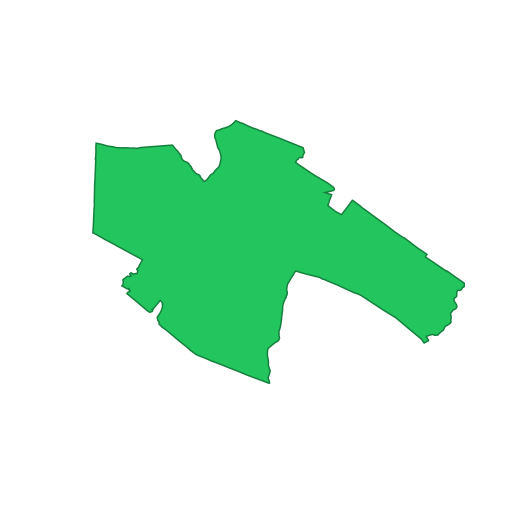 Tufeni, Olt, Romania, rotated 37°
{"feature_id": "2599482B16239538669932", "entity_name": "Tufeni", "entity_type": "district", "adm_level": 2, "iso_a3": "ROU", "parent_name": "Romania", "parent_adm1": "Olt", "projection": "robinson", "projection_center": [24.804, 44.357], "detail": "fine", "context": "isolated", "style": "filled", "palette": "green", "viewbox_px": 512, "rotation_deg": 37, "n_neighbors": 0, "source": "geoboundaries", "source_scale": "gbopen_adm2", "svg_char_len": 6093}
<svg xmlns="http://www.w3.org/2000/svg" viewBox="0 0 512 512"><g transform="rotate(37 256 256)"><path d="M343.1,349.8L343.2,349.2L341.4,347.6L339.3,346.3L338.6,345.2L337.4,341.1L336.3,339.1L334.2,337.7L332.5,336.4L331.5,335.8L331.4,335.4L331.1,334.9L328.5,331.8L325.4,329.0L323.6,326.8L321.9,324.1L321.5,323.1L321.3,322.6L321.3,322.2L322.8,315.9L323.5,313.6L324.8,310.4L324.6,308.4L324.3,307.7L324.0,307.3L323.7,306.9L321.8,305.3L321.1,304.0L320.4,303.3L319.8,302.6L319.4,301.6L319.2,300.7L317.9,297.6L315.2,292.4L313.0,288.9L309.9,283.4L308.3,281.2L307.1,279.3L306.6,278.0L305.6,274.9L305.6,274.5L305.1,272.9L305.1,272.4L305.0,271.8L305.1,271.0L305.0,270.8L304.4,270.2L304.3,269.7L304.2,268.7L304.0,268.0L303.2,267.1L303.0,266.5L302.4,265.8L301.8,265.3L301.2,265.0L300.5,264.0L298.9,261.2L298.6,260.8L298.1,259.2L297.8,256.3L297.4,252.4L297.2,251.4L297.2,248.8L296.9,248.7L297.0,247.9L296.8,247.0L296.7,245.0L296.8,244.3L296.9,244.1L297.5,243.8L302.5,242.0L308.3,239.7L315.5,236.6L317.4,235.7L320.1,234.7L321.4,234.5L322.9,234.5L323.8,234.0L324.7,233.7L329.2,232.6L338.9,230.1L356.1,226.4L357.7,225.8L359.4,225.3L359.4,225.2L361.9,224.6L363.4,224.3L379.9,223.2L389.1,222.7L404.5,221.2L405.8,221.2L425.4,222.3L437.5,222.8L439.4,223.2L441.5,224.0L442.7,224.3L443.1,223.2L444.5,220.4L444.6,219.9L444.4,219.5L443.7,219.0L442.8,219.0L441.7,218.3L440.7,218.2L440.4,217.6L440.5,217.2L441.3,216.4L441.7,215.7L443.9,212.6L444.9,212.1L446.1,211.9L446.9,211.4L448.3,210.2L448.8,209.4L448.9,208.7L448.9,208.0L449.4,205.4L449.6,204.0L450.0,203.6L450.2,202.6L450.2,202.2L450.0,201.6L449.5,198.2L449.5,197.9L450.6,196.2L450.7,195.4L451.0,194.9L451.1,194.2L451.6,193.0L451.6,191.7L451.4,191.2L450.0,189.9L449.3,188.2L448.7,187.7L448.2,186.8L447.6,186.3L447.2,186.3L446.6,185.3L446.2,184.9L445.8,184.1L446.0,181.8L445.9,180.7L446.9,178.9L447.1,178.1L447.3,176.9L447.2,176.3L447.0,175.7L446.4,175.0L445.5,174.3L443.2,173.4L442.4,173.3L440.9,172.0L440.0,171.6L439.8,171.3L439.8,170.8L440.0,170.5L440.0,169.9L440.2,169.3L440.3,168.7L440.5,168.1L440.5,167.6L440.2,166.9L439.2,165.5L438.5,164.9L438.3,164.1L437.8,163.2L437.6,162.5L437.6,162.3L437.9,161.8L438.7,161.4L439.2,161.1L440.0,159.9L440.2,159.0L440.0,156.7L440.1,156.4L440.6,155.9L440.7,155.2L440.5,154.9L440.2,154.5L439.8,153.8L438.8,152.5L437.6,152.4L427.8,152.8L417.6,153.0L417.7,153.5L391.8,154.8L391.7,154.8L391.7,154.6L391.6,151.8L378.1,152.4L375.1,152.3L363.1,152.3L362.6,152.7L353.0,153.2L338.1,153.1L329.6,153.3L317.7,153.4L310.5,153.6L310.0,153.6L309.5,153.3L299.6,153.4L299.4,153.5L299.4,155.6L299.5,162.5L299.4,171.3L297.9,171.8L292.8,172.6L291.6,172.6L290.7,172.5L288.1,172.6L283.0,172.4L281.3,167.5L279.5,161.5L273.0,163.8L278.5,157.0L278.6,156.6L278.6,156.2L278.5,155.8L277.9,155.0L277.3,154.7L275.9,154.5L274.2,154.6L272.6,154.5L268.9,154.6L256.1,156.1L253.2,156.4L246.2,156.8L231.5,157.5L231.5,157.2L231.2,156.8L231.2,156.5L231.0,156.0L230.8,155.0L230.9,154.5L231.4,153.3L231.3,153.0L231.1,152.3L231.2,151.8L231.6,151.1L232.5,150.5L233.1,150.3L233.5,150.0L233.7,149.7L233.8,149.0L233.9,148.8L233.1,147.9L233.0,147.5L232.9,147.1L232.6,146.5L232.6,145.4L232.5,144.4L232.3,143.9L231.5,143.6L230.3,142.5L229.2,141.9L228.7,141.4L228.5,141.2L203.5,147.9L189.3,152.0L186.5,152.6L185.9,152.5L185.0,153.1L184.2,153.3L183.6,153.7L181.3,154.1L179.6,154.6L177.2,155.5L173.0,156.6L170.0,157.3L167.8,157.6L165.8,158.1L164.3,158.5L162.8,159.1L160.9,159.5L158.4,160.1L158.1,162.7L157.5,165.7L156.8,167.9L156.2,169.1L154.4,172.0L152.6,174.2L151.7,175.7L150.8,177.5L149.3,179.1L149.0,179.7L149.0,180.4L149.1,181.2L149.8,183.6L150.4,184.6L151.4,185.8L152.8,186.8L154.4,187.7L160.2,192.4L161.7,193.1L163.4,193.7L165.4,195.2L168.4,197.8L169.2,198.9L169.9,200.1L170.8,201.9L172.2,205.2L172.5,206.2L172.7,207.0L172.5,208.7L172.0,211.8L171.9,213.0L172.1,214.5L172.0,215.5L171.0,218.4L170.9,219.4L170.9,223.2L170.8,224.9L170.3,226.4L169.6,227.8L167.1,227.1L164.8,226.7L164.3,226.4L163.5,226.1L163.2,225.7L162.1,225.4L160.6,225.9L160.3,225.8L159.9,225.9L159.7,226.0L158.5,226.2L156.6,226.0L156.1,225.9L155.4,225.6L153.2,225.4L152.5,225.0L152.5,224.8L149.9,223.5L149.0,223.6L147.6,223.0L147.3,223.0L146.9,222.8L146.1,222.6L144.7,222.7L144.3,222.7L142.2,223.3L141.7,223.3L141.0,223.5L139.9,223.4L138.4,223.0L135.5,220.8L134.9,220.6L134.6,220.5L134.2,220.6L132.5,220.1L130.8,219.5L126.4,218.8L125.5,218.4L122.4,217.8L99.7,237.8L98.3,239.1L95.8,242.1L95.4,242.0L94.4,242.8L93.6,243.2L91.0,245.2L87.3,247.7L80.8,252.5L78.4,253.9L77.9,254.2L76.6,254.5L75.9,254.8L74.4,255.8L71.0,257.6L65.1,259.9L60.4,262.1L62.2,264.9L65.3,268.9L68.0,272.8L69.1,274.9L69.4,274.6L80.4,290.4L84.2,296.2L86.8,299.7L93.6,309.2L96.6,313.0L98.7,316.6L99.6,317.6L103.5,323.5L105.3,325.9L111.8,335.7L112.7,335.4L118.9,334.5L126.2,333.6L135.2,332.1L140.6,331.4L167.6,327.3L167.7,327.6L168.5,334.2L168.9,334.7L168.9,335.9L168.7,338.2L168.8,338.5L169.2,338.6L170.4,338.5L170.7,339.3L171.6,341.8L170.4,342.5L169.0,344.2L168.0,344.4L166.6,344.5L166.2,344.8L165.9,345.9L165.9,346.3L166.6,346.7L168.0,346.9L168.2,347.0L168.2,347.7L166.7,348.9L166.0,349.2L165.7,349.2L165.6,349.3L165.1,351.0L164.0,354.8L164.0,355.0L164.1,355.4L165.2,356.1L165.5,356.4L166.9,358.7L167.0,359.2L166.8,360.2L166.9,360.6L171.4,359.9L172.0,359.9L172.2,360.0L172.9,359.6L173.3,359.2L174.2,358.5L174.3,359.3L174.7,359.5L176.4,359.6L176.4,360.3L176.3,360.8L175.5,362.2L175.4,363.3L175.4,363.5L175.5,363.6L176.2,363.8L186.6,364.2L202.2,365.1L204.7,365.0L205.0,364.9L205.3,364.6L205.7,363.8L206.4,362.9L206.5,362.5L206.2,361.6L205.9,361.0L205.3,361.0L205.7,360.5L205.8,359.9L205.9,355.5L206.1,352.9L206.2,351.1L206.1,349.5L206.2,349.1L208.0,349.4L209.3,349.8L209.9,350.4L210.2,350.4L210.4,351.1L210.7,351.1L211.0,351.4L211.5,352.6L211.9,353.1L212.6,354.5L213.0,355.8L213.2,356.7L213.5,357.8L213.6,358.6L213.8,361.0L213.8,362.3L214.0,364.4L216.2,366.4L216.9,366.7L218.1,366.8L219.1,368.2L219.8,368.9L222.7,368.9L222.9,369.3L229.7,369.2L246.2,370.1L259.4,370.5L259.4,370.8L267.9,370.7L278.6,367.8L284.1,366.5L295.7,363.1L303.3,361.1L312.8,358.4L320.0,356.6L343.1,349.8Z" fill="#22c55e" stroke="#15803d" stroke-width="1.5"/></g></svg>